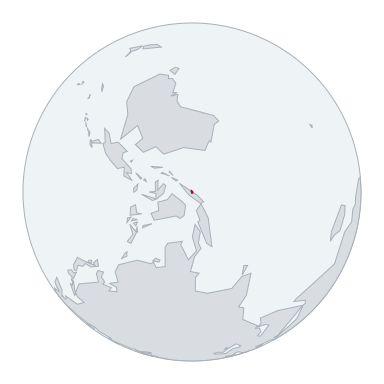 Yogyakarta highlighted on a globe, orthographic projection, rotated 209°
{"feature_id": "IDN-540", "entity_name": "Yogyakarta", "entity_type": "Special region", "adm_level": 1, "iso_a3": "IDN", "parent_name": "Indonesia", "parent_adm1": "", "projection": "orthographic", "projection_center": [110.472, -7.88], "detail": "fine", "context": "on_globe", "style": "filled", "palette": "rose", "viewbox_px": 384, "rotation_deg": 209, "n_neighbors": 0, "source": "natural_earth", "source_scale": "10m", "svg_char_len": 6906}
<svg xmlns="http://www.w3.org/2000/svg" viewBox="0 0 384 384"><g transform="rotate(209 192 192)"><circle cx="192" cy="192" r="169" fill="#eef3f6" stroke="#a8b0b8"/><path d="M344.1,230.5L343.9,231.8L343.7,231.9L344.1,230.5ZM257.8,36.4L256.6,35.9L258.9,36.9L250.2,33.4L257.8,36.4ZM49.0,101.9L48.5,103.2L51.0,101.3L61.5,87.1L57.5,89.8L60.3,86.1L63.1,82.8L69.7,76.1L74.0,74.8L76.0,72.5L77.8,68.6L83.4,64.0L78.9,67.0L77.3,69.0L74.5,71.1L75.8,69.6L77.7,67.9L77.7,67.6L69.1,76.1L78.2,67.1L88.0,58.8L98.4,51.3L109.4,44.6L120.8,38.8L120.6,38.9L121.3,38.5L123.8,37.4L123.3,37.6L129.3,35.1L129.1,35.3L135.2,32.9L135.6,32.8L131.8,34.3L141.0,31.3L143.7,31.1L145.9,30.4L147.5,29.7L149.8,30.3L151.3,29.8L151.2,29.4L154.0,28.3L160.0,26.8L160.5,27.0L158.4,27.6L154.8,29.6L149.1,31.5L149.9,31.5L154.9,29.9L159.4,27.5L162.8,26.5L161.4,27.4L162.2,27.0L164.1,26.7L166.4,26.7L168.2,25.8L188.2,23.6L194.6,24.1L191.1,24.7L205.6,25.2L211.8,26.8L211.5,26.3L218.3,26.9L216.5,26.3L216.9,26.2L233.5,28.9L237.8,30.1L244.7,31.8L244.6,31.6L241.8,30.7L248.2,32.7L250.2,33.4L258.9,36.9L258.7,36.9L265.2,39.9L263.6,39.7L265.3,41.4L259.8,40.3L261.6,42.1L264.0,43.2L268.3,46.9L268.9,51.8L258.0,43.1L255.0,37.2L255.3,38.9L252.2,37.3L250.4,37.3L250.8,39.0L252.8,39.9L237.7,38.3L232.7,43.2L240.6,44.5L245.1,47.5L246.3,56.8L230.1,67.9L236.0,74.2L236.1,77.8L230.5,79.1L230.1,73.8L224.7,71.0L225.4,68.2L216.1,69.2L216.7,65.2L209.2,68.4L211.7,72.0L219.6,72.2L212.9,77.4L220.5,84.8L220.9,92.8L206.7,105.9L192.9,109.4L191.9,112.1L186.7,108.6L179.3,113.7L188.7,130.6L188.3,135.5L176.5,144.2L176.3,140.5L162.4,131.0L159.5,142.7L170.0,153.0L173.6,165.2L165.4,161.1L161.7,150.5L156.8,146.9L158.4,136.6L154.8,121.7L146.5,124.4L147.4,118.6L141.1,107.0L129.3,110.9L110.4,126.9L107.4,142.3L101.0,149.6L94.4,128.1L95.5,114.0L90.5,115.8L85.8,105.1L70.3,106.8L70.4,103.5L67.0,105.7L64.0,103.2L65.0,98.0L62.2,99.1L60.2,112.9L63.5,111.9L69.4,105.4L68.0,110.8L71.1,114.9L59.5,129.8L40.3,146.5L42.2,135.3L47.4,108.3L49.4,104.9L49.6,104.6L49.9,103.9L46.4,109.6L48.6,104.5L41.7,123.2L38.9,132.2L39.9,147.3L38.9,149.4L40.4,152.3L49.8,145.6L49.0,149.5L42.2,169.1L32.5,198.2L36.0,215.5L39.1,230.9L37.9,243.3L43.0,254.9L43.2,260.3L46.5,267.1L49.4,275.2L52.4,283.7L52.2,286.6L48.3,280.6L44.0,273.6L38.6,262.9L34.0,251.8L30.1,240.4L27.1,228.8L24.9,217.0L23.5,205.1L23.0,193.1L23.4,181.1L24.6,169.1L26.6,157.3L29.5,145.6L33.2,134.2L37.7,123.1L43.0,112.3L49.0,101.9ZM68.4,76.8L65.9,79.5L65.2,80.3L68.4,76.8ZM131.8,34.1L131.4,34.3L127.4,35.9L131.8,34.1ZM74.6,81.1L79.7,80.6L84.2,73.1L86.5,72.5L87.2,70.3L84.5,72.6L87.1,66.9L91.8,64.3L94.6,61.4L93.0,61.4L84.1,67.2L80.2,75.0L76.2,78.5L74.6,81.1ZM58.9,89.8L56.2,92.9L56.7,91.9L57.5,91.0L58.9,89.8ZM117.9,306.1L121.5,308.2L119.4,308.6L117.9,306.1ZM50.8,224.8L55.0,253.2L51.6,254.3L47.6,246.5L43.8,229.7L46.6,223.9L47.1,216.0L50.8,224.8ZM216.6,197.2L221.8,198.5L221.6,199.3L216.6,197.2ZM211.2,193.9L217.1,194.7L210.2,195.5L211.2,193.9ZM219.4,195.1L225.4,194.2L228.0,193.2L227.5,194.8L219.4,195.1ZM207.2,193.5L185.6,191.7L177.1,189.1L179.0,186.2L192.8,187.8L207.2,193.5ZM178.4,186.1L165.4,177.3L148.0,153.8L154.2,154.2L172.5,168.7L171.3,171.1L179.2,177.9L178.4,186.1ZM209.9,173.3L208.7,180.7L196.7,179.0L191.3,177.4L187.5,167.6L189.6,163.0L194.1,163.4L211.4,149.0L217.5,153.4L212.1,159.6L217.0,166.5L209.9,173.3ZM107.9,143.7L111.0,152.9L107.7,154.7L107.9,143.7ZM218.6,138.9L211.5,144.9L218.0,136.6L218.6,138.9ZM222.5,131.0L222.9,134.4L220.1,130.8L222.5,131.0ZM191.6,116.5L186.9,116.9L186.9,114.7L192.9,112.8L191.6,116.5ZM221.2,99.9L220.9,106.2L219.9,108.2L217.9,104.2L221.2,99.9ZM164.9,25.4L156.0,27.0L150.1,28.5L147.5,29.4L147.3,29.1L156.4,26.8L164.9,25.4ZM185.2,23.6L187.4,23.3L189.1,23.4L188.8,23.4L185.2,23.6ZM184.7,23.4L182.6,23.3L185.6,23.2L186.6,23.2L184.7,23.4ZM304.3,293.4L305.0,295.9L300.2,300.3L294.0,304.2L289.1,303.9L304.3,293.4ZM263.2,293.7L264.1,286.6L270.3,287.7L266.9,293.2L263.2,293.7ZM308.5,290.5L312.9,285.6L315.6,277.9L313.8,285.4L316.0,287.5L306.1,295.9L308.5,290.5ZM243.3,261.0L210.2,269.4L203.1,267.0L205.3,261.7L199.6,244.9L201.9,245.4L200.9,234.6L220.7,226.9L235.0,211.5L245.5,214.1L253.8,203.2L264.5,206.0L261.0,215.0L271.8,223.8L280.1,203.7L285.7,228.6L292.9,239.4L293.8,255.9L277.4,279.5L268.9,282.8L267.6,279.7L264.0,281.8L258.9,279.3L256.9,269.6L253.3,271.7L257.1,265.6L251.7,270.6L249.4,264.4L243.3,261.0ZM319.6,236.6L321.0,237.9L322.7,243.3L320.6,241.5L319.6,236.6ZM340.6,233.4L340.9,235.9L339.7,235.5L340.6,233.4ZM343.7,231.9L342.2,231.7L344.1,230.5L343.7,231.9ZM327.9,225.6L328.5,227.5L327.9,227.7L327.9,225.6ZM327.4,224.8L328.3,222.8L328.1,225.2L327.4,224.8ZM321.4,209.2L322.3,208.3L322.6,209.4L321.4,209.2ZM229.4,199.5L236.6,194.5L240.5,194.5L229.4,199.5ZM320.2,206.1L318.0,205.1L318.3,204.0L320.2,206.1ZM320.5,203.3L320.3,201.5L321.5,206.1L320.5,203.3ZM316.3,197.9L319.0,202.0L316.0,198.2L316.3,197.9ZM314.7,197.8L312.7,195.7L312.9,195.3L314.7,197.8ZM291.8,193.1L299.2,205.3L293.1,203.3L286.3,195.2L280.7,199.8L268.3,196.1L271.2,193.1L269.6,187.3L256.5,182.7L253.9,178.7L258.6,177.2L249.9,173.0L259.4,173.0L263.2,180.9L268.6,176.3L277.7,179.7L286.5,184.1L293.5,191.4L291.8,193.1ZM259.4,188.8L261.0,189.1L259.5,191.0L259.4,188.8ZM309.0,190.4L311.8,194.9L311.5,195.7L310.1,194.7L309.0,190.4ZM295.1,190.6L302.7,186.7L304.4,187.4L299.4,192.7L295.1,190.6ZM300.9,182.3L304.4,184.2L306.2,188.2L305.4,188.8L300.9,182.3ZM240.0,179.0L239.6,180.9L237.1,179.0L240.0,179.0ZM243.2,178.3L250.7,181.6L242.5,179.8L243.2,178.3ZM220.5,168.5L222.7,173.3L229.6,171.2L224.3,174.8L229.0,183.1L227.4,185.9L222.8,176.9L221.1,185.4L218.0,184.9L216.3,177.3L219.5,168.7L222.5,165.4L235.1,165.5L220.5,168.5ZM243.2,172.6L241.2,166.9L242.7,163.6L244.8,166.7L243.2,172.6ZM235.3,153.4L230.0,146.8L225.3,148.5L234.9,141.6L238.4,149.0L235.3,153.4ZM230.8,140.0L226.4,141.4L231.0,137.3L230.8,140.0ZM225.2,139.3L224.7,135.3L228.2,136.3L225.2,139.3ZM233.2,140.5L234.0,133.8L235.8,138.0L233.2,140.5ZM223.2,126.4L230.8,133.7L220.9,129.8L220.5,117.3L224.7,117.4L223.2,126.4ZM246.5,83.6L245.5,80.5L249.2,80.6L248.9,82.6L246.5,83.6ZM260.6,79.2L249.9,79.6L241.2,80.7L243.9,82.4L242.0,87.1L237.8,81.8L243.9,77.5L250.6,77.7L251.4,74.0L256.3,72.5L255.0,67.8L257.1,66.5L260.3,70.9L260.6,79.2ZM254.2,65.9L253.8,58.7L261.0,61.3L262.7,63.5L259.9,65.5L256.2,64.0L254.2,65.9ZM255.8,57.9L252.3,56.5L244.3,46.0L244.4,44.6L254.3,53.2L251.5,52.4L252.2,54.7L255.8,57.9ZM215.7,25.9L216.6,25.7L218.7,26.2L215.7,25.9ZM220.1,25.8L217.2,25.4L220.1,25.7L220.1,25.8ZM210.6,24.6L215.9,25.2L211.2,24.9L210.6,24.6Z" fill="#d9dde1" stroke="#a8b0b8" stroke-width="1"/><path d="M193.1,192.9L192.7,192.9L192.4,192.8L192.2,192.7L191.8,192.6L191.7,192.6L191.6,192.4L190.7,192.0L190.8,192.0L190.8,191.9L191.0,191.6L191.0,191.4L191.3,191.4L191.4,191.5L191.5,191.4L191.8,191.1L192.0,191.5L192.2,191.8L192.3,191.8L192.5,191.8L192.8,191.9L192.9,192.0L193.0,192.7L193.0,192.8L193.0,192.7L193.1,192.9L193.1,192.9Z" fill="#f43f5e" stroke="#9f1239" stroke-width="1.5"/></g></svg>